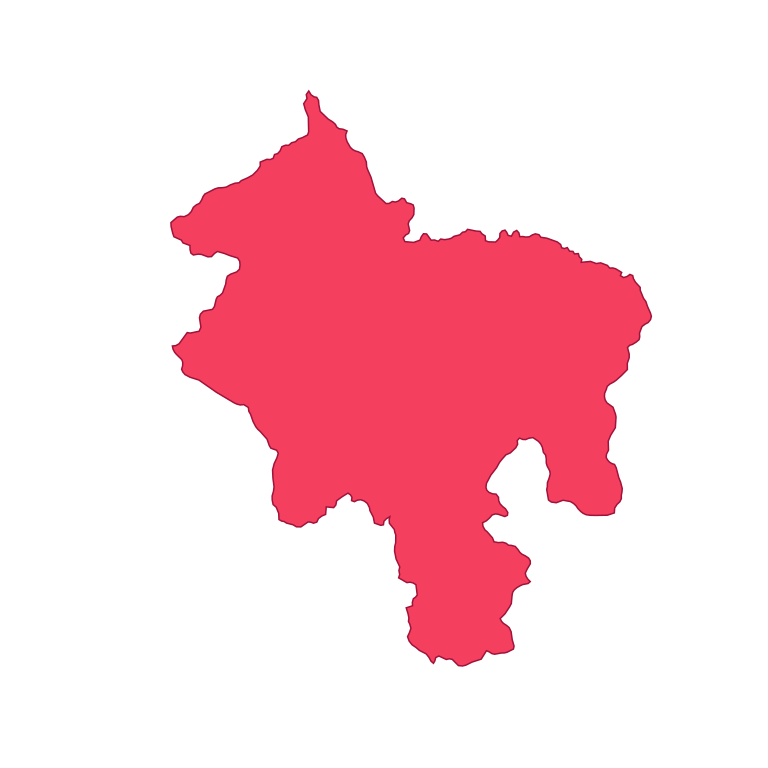 Salinas, Minas Gerais, Brazil, rotated 208°
{"feature_id": "56859067B75317988286341", "entity_name": "Salinas", "entity_type": "district", "adm_level": 2, "iso_a3": "BRA", "parent_name": "Brazil", "parent_adm1": "Minas Gerais", "projection": "mercator", "projection_center": [-42.165, -16.086], "detail": "fine", "context": "isolated", "style": "filled", "palette": "rose", "viewbox_px": 768, "rotation_deg": 208, "n_neighbors": 0, "source": "geoboundaries", "source_scale": "gbopen_adm2", "svg_char_len": 6171}
<svg xmlns="http://www.w3.org/2000/svg" viewBox="0 0 768 768"><g transform="rotate(208 384 384)"><path d="M625.0,476.8L631.4,467.6L631.8,464.5L631.4,461.0L631.7,456.9L633.8,454.1L635.3,450.5L635.1,445.8L636.2,441.7L638.9,438.0L642.6,436.4L644.9,434.3L647.9,426.5L645.9,423.1L641.3,417.9L638.6,415.4L630.5,415.9L627.7,414.2L620.4,415.2L618.2,411.4L615.9,408.9L612.9,408.4L609.1,411.4L606.0,412.7L599.2,413.6L596.1,415.5L594.9,419.8L593.3,422.8L586.4,424.3L580.3,425.0L572.4,426.5L569.0,424.6L567.0,421.5L565.5,417.5L566.7,413.8L571.0,409.0L572.9,405.6L572.1,401.6L570.7,398.0L569.3,388.6L570.4,385.2L572.0,382.9L572.0,380.2L570.1,372.8L570.5,369.4L577.7,363.5L578.9,359.4L578.0,355.8L572.3,348.2L572.0,343.8L579.0,338.0L581.9,337.0L583.8,323.4L585.8,320.2L588.7,318.2L586.5,315.6L583.8,313.8L581.2,312.7L574.0,310.6L572.0,308.8L570.4,305.7L569.6,302.0L567.5,300.3L564.2,298.9L558.3,298.9L549.3,300.6L528.1,298.0L507.7,297.0L504.4,297.2L501.1,298.0L498.1,300.0L492.8,299.6L490.5,296.4L487.6,294.6L482.0,289.4L477.2,286.1L474.0,284.7L471.1,284.0L461.4,280.4L456.3,275.7L453.7,274.2L447.7,275.1L444.9,273.3L443.9,268.7L443.6,262.2L442.0,255.7L437.7,248.5L432.8,241.6L431.2,237.3L430.2,232.6L428.2,229.0L425.3,225.5L421.3,224.6L416.2,220.3L413.1,215.0L410.1,214.9L407.5,215.7L404.9,215.4L398.3,217.0L394.3,216.8L390.3,218.8L386.3,226.5L383.9,227.6L380.9,228.0L378.5,230.5L378.7,234.5L376.7,238.6L374.3,241.4L377.3,248.4L370.4,251.2L369.7,254.5L371.0,258.7L368.0,264.9L364.6,270.7L361.6,270.4L359.1,268.9L357.9,265.8L354.9,266.2L353.0,268.9L350.2,270.9L346.4,271.4L342.6,270.7L338.8,268.0L337.0,265.6L331.0,261.5L327.1,256.7L320.5,257.7L318.4,259.4L319.6,262.8L318.6,266.2L316.6,269.6L315.7,266.5L313.8,263.5L306.6,260.4L304.9,258.2L302.7,256.2L299.2,249.4L298.2,245.6L296.3,241.5L291.2,235.2L284.2,229.9L283.2,226.2L280.7,223.1L280.1,219.7L270.5,219.4L268.0,221.2L265.0,222.0L261.6,221.8L255.6,213.3L256.1,210.5L257.3,208.2L256.4,204.3L254.7,201.6L259.3,196.8L254.8,192.3L252.2,189.1L250.9,185.8L248.5,184.1L245.5,180.9L244.8,176.3L244.6,172.0L241.1,168.8L236.8,166.9L232.1,166.4L227.7,165.4L220.0,165.5L215.9,163.7L212.3,161.3L209.2,160.6L209.1,163.4L209.9,166.7L207.8,169.6L199.7,170.0L197.4,172.0L194.5,172.9L186.1,170.3L182.3,171.9L179.8,174.1L175.6,179.9L169.0,186.7L168.3,196.6L165.1,196.9L162.1,196.6L159.4,197.4L153.9,201.7L151.4,203.1L149.4,204.9L145.3,210.7L146.1,213.6L150.8,218.5L155.5,225.0L159.2,227.7L162.5,228.4L166.1,228.7L168.7,229.6L171.3,231.4L169.3,237.8L168.5,246.0L168.5,249.9L171.6,257.3L172.6,260.6L172.3,263.5L171.1,266.5L169.2,269.6L167.5,271.9L163.1,275.5L162.1,278.2L165.3,279.2L168.3,280.9L170.5,283.4L170.7,288.2L170.4,294.0L171.9,296.6L174.6,298.2L178.5,298.6L182.3,298.5L184.9,299.1L188.0,300.7L191.8,302.2L195.8,301.3L198.4,300.1L201.4,300.7L204.9,300.0L208.5,297.7L212.8,296.3L216.0,299.1L223.4,301.9L226.5,302.6L229.9,304.9L231.8,307.8L229.4,311.2L228.0,314.9L227.0,319.2L224.5,321.7L221.9,322.6L215.1,323.7L213.4,326.0L214.4,328.7L218.3,330.9L221.7,331.5L225.3,332.7L228.0,334.9L229.7,337.7L233.3,339.4L236.6,338.0L240.4,337.6L243.4,338.5L245.5,340.7L246.9,344.5L246.9,353.7L245.3,363.1L245.2,369.0L244.5,372.9L243.1,378.7L240.1,382.5L237.7,389.6L237.7,393.5L239.8,396.6L239.0,399.8L235.4,400.2L232.9,401.4L230.7,404.1L227.3,406.6L220.9,405.9L217.6,404.7L214.5,402.5L211.2,398.5L207.8,397.0L205.5,393.9L203.7,390.5L201.6,388.3L196.8,385.0L195.0,382.6L194.0,378.3L193.4,373.6L191.6,370.0L190.8,367.2L184.3,358.8L180.9,358.3L176.2,360.0L171.4,365.4L164.3,367.7L160.5,367.5L157.2,366.6L154.2,365.0L150.5,363.8L147.5,363.3L144.1,363.5L140.5,364.8L135.7,367.2L125.2,373.0L120.1,378.3L122.1,382.8L121.7,387.2L120.5,390.6L120.6,394.2L122.2,397.1L123.2,400.4L124.6,403.6L129.2,408.6L132.6,411.4L139.6,419.0L142.7,421.2L145.5,420.7L148.3,420.9L151.0,421.9L153.4,423.5L154.6,426.5L154.7,431.0L159.2,438.8L159.8,445.3L159.2,454.0L163.6,463.7L165.3,465.9L170.9,471.0L178.3,472.0L181.3,473.8L183.4,476.3L184.8,479.3L185.2,483.7L185.8,486.7L184.5,490.1L182.2,493.5L180.9,496.0L178.3,503.0L175.9,511.0L178.9,516.5L179.8,522.2L181.5,525.5L186.1,530.5L185.3,533.5L183.2,535.6L181.0,539.4L179.6,542.9L180.3,545.6L182.3,548.9L183.2,555.8L181.7,559.2L179.6,562.3L178.9,566.0L179.7,569.3L182.0,571.7L187.9,576.3L191.4,579.7L195.1,581.5L201.8,587.1L203.2,589.6L209.9,592.0L213.2,594.1L215.3,596.5L218.3,596.2L219.8,593.1L222.4,590.5L226.2,590.7L226.5,594.1L233.5,594.5L236.4,593.9L239.2,592.3L242.4,593.6L249.5,592.7L253.2,590.0L259.2,589.2L267.0,584.0L267.9,586.9L271.3,588.0L273.6,590.4L276.9,588.3L279.4,589.8L282.5,588.4L286.2,590.5L288.3,588.3L291.1,587.7L293.5,590.1L297.7,590.8L308.7,589.2L314.4,587.2L317.3,588.6L320.9,587.6L323.1,585.2L324.8,582.2L328.0,580.2L330.7,579.4L333.2,577.8L335.9,580.8L338.9,581.9L340.9,579.0L340.9,574.3L344.2,573.5L346.8,575.5L349.4,576.7L351.6,574.5L352.3,571.4L350.6,567.7L351.2,564.3L352.2,561.7L358.5,558.6L361.7,558.2L364.1,562.2L368.1,562.6L370.8,563.9L374.4,562.3L382.8,559.8L383.6,556.7L385.9,554.9L387.1,551.3L391.6,547.2L392.9,544.4L395.0,542.3L398.3,539.9L402.0,538.6L403.1,535.5L407.0,534.9L409.9,533.1L416.8,536.5L419.7,535.2L420.2,531.5L419.8,527.9L424.2,523.0L432.4,519.5L435.6,522.0L434.7,525.9L433.0,528.5L433.4,531.5L437.8,536.7L438.3,539.9L437.3,543.8L437.2,547.5L440.0,553.4L442.3,555.8L445.0,555.7L449.1,554.7L452.8,557.1L455.5,556.4L457.2,552.3L459.5,549.9L462.3,549.1L464.2,545.9L466.9,544.3L478.0,547.2L481.0,548.5L492.6,560.5L499.1,565.6L501.3,567.7L503.8,571.7L507.9,575.1L511.4,577.2L516.2,576.9L518.8,576.3L521.8,576.3L524.9,577.2L530.3,580.6L533.2,583.4L534.9,586.2L535.4,590.1L539.8,589.7L543.6,588.3L546.4,588.7L548.7,590.4L552.1,591.3L557.6,591.7L568.3,594.7L572.7,600.1L574.9,603.6L578.0,605.5L580.6,604.7L584.1,605.1L588.0,607.4L588.5,603.0L586.0,599.9L586.5,593.8L582.3,589.3L576.2,584.3L568.9,571.2L568.4,568.0L571.9,563.0L574.6,560.2L576.0,556.3L578.9,553.6L580.2,550.0L583.1,548.6L585.6,545.6L585.2,541.0L586.1,537.5L588.4,535.2L587.8,531.3L589.8,528.8L592.9,527.4L597.5,521.8L595.6,518.3L596.1,513.2L598.1,506.8L601.2,502.0L605.5,496.6L606.5,493.6L609.9,491.3L613.2,487.6L615.7,483.8L619.0,481.4L622.4,479.4L625.0,476.8Z" fill="#f43f5e" stroke="#9f1239" stroke-width="1.5"/></g></svg>